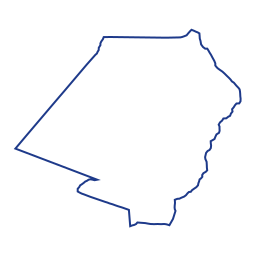 Nova Soure, Bahia, Brazil (Albers equal-area conic projection)
{"feature_id": "56859067B28975289124766", "entity_name": "Nova Soure", "entity_type": "district", "adm_level": 2, "iso_a3": "BRA", "parent_name": "Brazil", "parent_adm1": "Bahia", "projection": "albers", "projection_center": [-38.498, -11.321], "detail": "fine", "context": "isolated", "style": "outline", "palette": "blue", "viewbox_px": 256, "rotation_deg": 0, "n_neighbors": 0, "source": "geoboundaries", "source_scale": "gbopen_adm2", "svg_char_len": 2115}
<svg xmlns="http://www.w3.org/2000/svg" viewBox="0 0 256 256"><path d="M103.7,37.1L102.9,39.2L101.2,41.6L100.4,43.4L100.4,45.2L98.8,47.7L98.7,50.0L97.5,52.0L96.9,53.5L95.4,54.8L86.8,64.5L64.5,90.8L59.0,97.2L55.0,101.9L53.2,104.0L26.1,135.9L15.4,148.6L97.2,179.7L94.6,180.2L92.3,179.6L90.3,179.3L88.6,179.7L86.8,180.9L85.3,181.5L83.7,182.9L81.8,184.3L80.1,185.4L79.3,187.0L77.7,188.8L77.7,191.5L79.7,192.6L81.7,193.6L84.0,194.4L90.3,196.8L105.2,201.9L107.5,202.6L109.5,203.4L112.6,204.3L115.3,205.3L117.6,206.1L119.5,206.7L121.2,207.2L123.3,207.9L125.5,208.7L127.3,209.3L128.9,209.9L130.2,226.2L132.3,225.4L134.3,224.9L136.1,224.0L137.4,222.5L145.3,223.1L148.0,223.6L150.5,224.0L153.1,224.1L155.2,224.1L157.6,224.0L159.7,224.1L162.1,224.1L164.1,224.0L165.9,224.2L167.5,224.6L169.4,225.2L173.0,218.9L175.5,210.9L174.8,209.2L174.6,207.5L174.7,205.6L175.0,202.9L174.8,199.8L177.4,198.8L179.4,198.7L181.4,197.7L184.1,196.6L186.0,195.2L187.5,193.3L188.9,192.0L190.8,191.8L192.0,190.2L193.8,188.9L196.3,187.2L198.0,185.3L198.4,183.2L199.1,181.4L199.6,179.4L201.0,178.4L202.3,176.8L202.2,175.0L203.4,173.2L205.8,171.8L207.2,170.3L206.9,167.8L206.8,165.1L206.6,161.8L205.4,159.1L205.1,157.1L205.6,155.0L206.1,152.9L207.6,151.0L209.5,150.0L210.8,148.1L211.1,145.6L210.8,143.4L210.7,141.2L213.0,139.9L214.5,139.0L215.4,136.7L216.5,134.4L219.0,132.8L219.6,130.8L219.5,128.3L219.5,126.5L218.7,124.7L220.0,122.4L222.1,120.6L223.4,118.5L226.3,118.3L228.3,116.7L230.1,115.8L230.9,113.6L232.5,111.6L232.1,109.2L233.7,107.3L235.0,105.2L236.5,103.5L239.2,103.4L240.5,101.3L240.6,98.7L240.3,96.2L240.2,93.9L240.0,91.5L239.6,89.4L238.7,88.1L236.3,85.6L233.9,82.7L231.9,81.4L230.6,79.6L228.9,77.8L226.9,75.9L224.6,73.6L222.4,71.6L219.5,69.6L217.6,68.2L216.4,66.9L215.3,65.5L215.3,63.4L214.3,60.9L213.3,59.1L212.2,57.1L211.0,54.8L209.6,52.6L208.6,50.8L207.3,48.7L205.2,48.7L203.0,47.0L201.1,44.4L200.5,40.9L199.8,38.7L199.6,35.8L199.4,33.4L197.7,32.4L195.9,31.7L193.8,30.7L191.5,29.8L190.2,31.1L188.5,33.0L186.6,35.3L184.1,36.3L182.1,37.0L180.3,37.4L166.2,37.7L110.2,37.0L103.7,37.1Z" fill="none" stroke="#1e3a8a" stroke-width="2"/></svg>